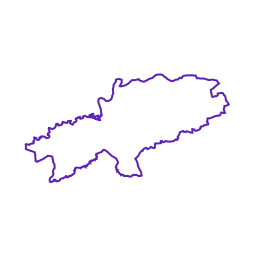 outline of Bagoue, Savanes, Ivory Coast, rotated 245°
{"feature_id": "98640826B26044148659027", "entity_name": "Bagoue", "entity_type": "district", "adm_level": 2, "iso_a3": "CIV", "parent_name": "Ivory Coast", "parent_adm1": "Savanes", "projection": "natural_earth1", "projection_center": [-6.474, 9.903], "detail": "fine", "context": "isolated", "style": "outline", "palette": "violet", "viewbox_px": 256, "rotation_deg": 245, "n_neighbors": 0, "source": "geoboundaries", "source_scale": "gbopen_adm2", "svg_char_len": 5851}
<svg xmlns="http://www.w3.org/2000/svg" viewBox="0 0 256 256"><g transform="rotate(245 128 128)"><path d="M158.8,87.1L158.5,86.8L158.6,84.6L158.2,84.3L157.0,84.7L155.8,83.8L155.8,81.1L154.4,79.3L155.8,78.0L156.8,77.6L157.7,77.7L158.2,79.0L158.6,79.3L158.8,78.9L158.9,77.9L159.6,76.7L158.5,75.3L158.3,74.7L161.1,71.4L160.8,71.0L159.8,70.6L159.7,69.9L159.0,69.3L159.5,67.5L159.4,66.3L159.7,66.0L160.3,65.8L161.6,66.1L161.9,64.8L161.7,64.3L160.2,63.3L159.2,62.1L158.9,59.2L160.0,57.9L161.2,57.0L161.5,56.4L160.4,55.6L157.4,55.4L157.1,55.0L157.1,53.5L156.2,52.5L155.6,52.3L155.0,53.3L154.0,53.4L153.0,52.8L152.8,51.8L153.4,49.8L154.3,49.1L155.1,49.0L156.3,47.4L157.1,45.7L156.7,45.1L156.1,45.3L156.0,45.1L156.8,43.7L156.5,43.4L155.5,43.3L155.0,42.0L155.1,41.5L155.8,40.6L157.7,40.5L159.0,39.2L158.9,38.8L157.6,38.8L156.3,37.5L156.0,36.6L155.0,36.7L154.1,36.0L154.1,35.3L154.4,34.9L154.8,32.5L154.4,31.4L155.9,29.7L156.1,29.0L156.4,28.8L156.3,28.3L155.0,28.1L154.4,27.6L152.0,26.5L145.5,33.2L143.0,32.7L140.2,31.4L138.7,31.1L137.4,30.3L136.2,30.9L135.7,31.6L136.0,32.4L135.8,33.1L135.8,38.3L136.7,43.7L134.4,47.0L133.7,47.2L131.4,46.5L130.6,46.6L129.1,45.8L126.5,45.9L125.7,45.8L122.7,44.6L122.1,43.3L120.5,41.7L119.7,41.3L118.1,41.2L117.4,40.6L116.2,39.2L115.7,36.7L114.7,35.4L112.8,34.6L112.0,34.7L112.0,35.2L111.4,35.8L111.5,37.3L111.2,38.0L111.3,38.5L112.3,38.8L112.4,39.2L112.1,39.9L111.6,40.3L110.6,40.1L109.7,40.9L109.8,41.8L109.2,43.1L109.3,43.8L110.4,45.2L110.3,46.7L109.8,47.8L110.1,49.0L109.9,50.1L110.7,51.2L110.6,51.7L110.0,52.1L109.2,51.9L108.9,52.0L108.7,53.5L109.2,54.3L109.4,55.1L109.4,55.3L108.8,55.7L108.7,56.1L108.9,57.3L109.4,58.0L109.2,59.2L109.6,60.1L110.5,61.1L112.3,61.2L112.2,62.1L112.4,62.6L113.8,62.9L114.1,63.8L113.8,64.7L112.3,67.4L111.6,67.9L112.2,69.1L111.8,69.6L112.2,71.7L110.4,73.0L111.1,73.3L110.9,73.4L111.3,74.2L111.1,74.7L111.7,74.8L111.8,75.1L111.6,76.0L112.4,77.1L112.3,77.7L112.6,78.1L112.2,78.7L113.1,78.6L113.3,78.7L113.3,79.4L113.8,79.2L114.0,79.8L113.7,80.1L113.7,81.1L114.0,81.1L114.0,81.4L113.6,81.8L113.3,81.7L113.2,82.0L113.7,83.4L113.6,84.1L113.1,84.4L113.6,84.7L113.3,85.7L113.7,85.6L113.9,85.9L113.7,86.4L114.2,86.5L114.1,87.0L114.8,87.7L115.6,87.9L116.5,87.4L117.0,88.0L117.4,87.8L117.9,88.5L117.5,93.7L118.0,95.4L118.5,96.1L118.4,96.8L118.1,97.4L115.7,99.0L109.4,101.6L105.8,104.2L102.1,104.6L100.8,104.3L97.9,100.4L96.8,100.6L96.1,100.1L95.3,99.9L95.0,100.6L94.5,100.9L94.1,100.2L93.1,99.8L93.2,100.4L92.8,100.8L91.3,101.0L90.6,100.8L90.0,101.1L89.2,102.0L88.3,101.8L88.4,102.3L87.7,103.6L87.3,104.0L86.4,103.9L86.2,104.6L85.8,104.9L84.8,106.9L84.7,107.8L83.5,108.5L83.1,109.1L82.9,109.8L83.0,110.5L82.7,111.1L83.3,111.9L83.3,113.4L82.4,114.3L82.2,115.2L81.6,116.2L80.1,117.2L79.3,118.9L79.1,120.2L82.7,121.2L87.6,120.9L89.9,121.1L90.9,121.5L93.1,121.9L95.4,121.9L97.1,121.7L98.4,125.6L100.3,128.0L101.4,130.2L101.2,131.8L101.9,132.2L102.3,133.0L102.5,134.7L102.4,135.9L102.1,136.3L101.0,136.4L100.6,136.7L100.5,139.1L101.0,139.8L101.1,140.9L99.6,142.0L98.8,143.1L98.7,143.7L99.1,144.2L102.1,145.7L102.5,146.2L101.6,148.0L100.4,151.2L100.4,151.5L102.2,152.2L101.8,152.7L101.9,153.2L100.6,153.7L100.1,154.2L100.0,155.2L100.3,156.3L99.7,157.5L99.0,158.0L97.9,160.3L96.8,163.9L97.3,164.9L97.4,166.5L96.5,167.3L96.5,167.8L96.8,168.2L97.5,168.6L97.6,169.2L98.8,169.1L100.5,171.8L102.3,173.3L102.2,174.8L102.0,175.5L101.9,176.8L100.9,177.0L100.6,177.9L100.0,178.4L99.9,178.9L100.2,179.5L100.0,180.4L98.1,182.0L96.5,184.3L99.8,185.8L98.4,187.7L97.4,187.5L97.0,187.9L96.5,189.2L96.4,191.4L96.6,192.8L97.3,193.2L97.5,194.1L98.2,194.2L98.5,194.6L97.9,197.0L98.4,198.2L97.9,199.3L97.8,201.2L97.4,201.9L98.3,202.7L100.4,202.2L101.4,203.3L102.4,203.6L102.4,204.0L103.0,204.4L102.1,206.6L101.9,212.2L101.5,213.4L101.5,214.4L100.8,215.2L100.6,216.7L101.8,218.0L102.6,219.2L101.0,221.3L100.8,222.4L103.4,222.4L104.6,222.7L105.6,223.8L106.0,223.8L106.5,224.4L107.1,224.6L107.1,225.6L106.8,226.1L106.6,227.0L106.7,229.2L108.7,229.2L111.6,228.5L114.7,229.3L116.1,229.5L117.4,228.8L118.9,228.8L119.7,228.5L120.2,227.6L121.4,223.9L121.0,223.6L120.1,223.4L119.6,222.7L119.6,221.1L120.2,219.9L120.1,218.9L120.5,217.6L121.7,217.5L123.5,218.2L124.0,218.1L127.1,218.9L127.6,219.3L127.7,221.3L129.4,226.8L129.8,229.3L132.3,228.6L133.4,228.6L135.2,226.2L135.9,225.5L136.6,223.9L137.0,222.2L137.5,221.2L140.7,217.8L142.4,214.2L143.4,213.0L143.7,211.8L144.0,211.4L145.0,211.4L145.7,211.6L147.0,211.4L147.5,210.0L148.8,208.5L149.2,206.8L150.5,204.5L151.7,200.8L151.6,199.2L150.8,198.2L150.6,197.3L151.7,196.2L151.6,195.6L150.8,193.9L150.9,193.3L151.6,192.0L151.5,189.1L152.0,187.3L155.4,184.6L158.1,183.4L159.4,182.5L161.7,181.6L162.4,180.7L163.7,178.0L164.3,175.5L163.8,174.6L163.7,173.2L163.1,171.5L163.5,167.8L163.2,164.3L163.2,162.0L164.0,160.9L166.5,158.4L167.7,158.4L168.5,154.3L169.7,151.9L168.0,146.6L167.9,143.1L168.5,139.8L169.0,138.6L169.5,138.2L171.9,141.5L174.4,142.6L174.9,142.3L176.3,140.3L176.7,139.3L176.9,138.3L176.7,137.3L175.3,136.7L173.3,133.3L172.4,132.7L171.4,132.3L169.8,130.8L165.6,129.3L163.9,127.3L163.2,127.0L161.2,125.0L160.7,122.5L161.3,120.1L161.9,119.5L164.7,118.3L166.7,116.3L166.7,114.1L166.4,113.5L164.9,112.4L163.8,112.0L156.0,111.2L151.9,109.6L151.5,109.9L150.6,109.4L150.9,108.9L150.1,108.3L149.1,106.2L148.6,105.9L147.4,106.1L147.0,106.0L147.5,104.9L148.2,105.4L148.9,104.7L149.1,103.1L149.3,103.0L149.1,103.9L149.8,105.5L151.3,106.5L151.9,106.3L152.1,103.9L152.6,102.1L152.2,101.8L151.7,101.9L150.7,102.5L150.4,102.1L151.4,101.7L151.9,100.5L153.2,99.6L153.4,98.9L154.2,99.4L154.5,100.9L154.3,101.9L155.0,102.4L155.6,102.4L155.8,101.8L155.9,98.5L155.5,98.2L154.7,98.4L154.2,97.9L154.3,97.3L154.9,96.0L156.5,94.7L157.0,94.5L157.3,94.0L157.2,93.4L157.6,92.5L156.0,91.3L156.4,88.9L157.1,88.4L158.0,89.3L158.4,89.1L158.4,88.2L158.8,87.1Z" fill="none" stroke="#5b21b6" stroke-width="2"/></g></svg>